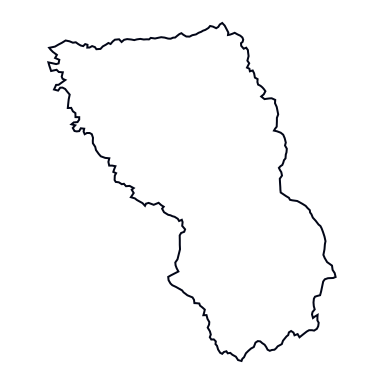 the district of Itararé, São Paulo, Brazil
{"feature_id": "56859067B6120608130234", "entity_name": "Itararé", "entity_type": "district", "adm_level": 2, "iso_a3": "BRA", "parent_name": "Brazil", "parent_adm1": "São Paulo", "projection": "albers", "projection_center": [-49.315, -24.102], "detail": "fine", "context": "isolated", "style": "outline", "palette": "ink", "viewbox_px": 384, "rotation_deg": 0, "n_neighbors": 0, "source": "geoboundaries", "source_scale": "gbopen_adm2", "svg_char_len": 4477}
<svg xmlns="http://www.w3.org/2000/svg" viewBox="0 0 384 384"><path d="M317.6,314.9L314.8,316.6L313.0,318.0L312.0,314.4L312.5,312.1L314.7,309.4L313.8,306.1L313.5,302.5L313.9,298.7L315.0,296.7L317.1,296.0L320.1,295.2L321.1,291.5L323.2,281.5L324.8,279.3L328.0,278.2L333.1,278.0L335.6,277.0L334.7,273.1L332.6,269.9L332.0,265.6L327.1,262.1L324.7,258.0L323.4,254.9L324.5,249.2L324.9,244.2L325.5,241.2L324.5,236.6L323.0,232.0L321.6,228.3L320.4,226.0L318.6,224.6L315.7,220.8L312.8,217.6L311.4,214.2L310.1,212.5L309.8,210.2L307.5,208.0L305.7,205.9L302.5,203.9L299.3,202.1L297.2,201.0L292.2,200.3L290.0,199.8L288.9,197.8L286.2,196.2L282.8,193.9L280.7,192.5L280.4,189.7L280.3,187.1L280.1,184.1L279.8,178.7L282.0,175.6L281.3,172.2L280.0,170.1L278.9,167.9L280.5,166.2L282.3,165.0L283.2,162.9L284.0,160.2L285.5,158.4L285.8,154.5L286.5,152.3L286.8,148.7L285.0,145.5L285.8,142.6L284.7,138.2L283.2,134.7L280.7,132.7L277.0,131.3L274.0,130.6L275.1,128.7L276.7,126.7L276.9,121.4L276.9,117.9L278.2,114.4L276.7,106.9L275.0,103.2L275.2,99.9L271.7,98.3L269.5,98.4L267.3,98.7L264.5,99.1L261.2,96.5L263.8,94.3L265.4,91.2L263.9,89.1L262.4,87.4L260.5,85.8L258.1,84.6L257.4,82.0L257.6,79.1L254.9,77.6L254.1,73.3L252.7,70.5L249.9,71.3L249.4,68.7L247.0,67.6L249.2,63.3L247.4,60.7L248.6,56.1L248.1,52.5L247.9,50.1L246.2,47.7L243.7,48.7L241.2,45.8L241.0,43.2L242.6,41.9L243.2,39.7L242.4,37.5L240.3,35.7L237.5,34.4L234.7,32.8L232.1,33.9L230.1,34.6L228.0,35.0L228.3,32.5L226.8,29.6L224.7,25.6L222.2,23.0L219.8,24.5L218.3,26.9L216.2,28.2L212.9,26.6L210.1,26.0L208.4,28.0L205.3,29.9L203.0,30.7L201.2,31.8L198.6,32.8L196.0,34.4L192.3,35.2L189.6,36.6L186.3,36.5L183.4,34.8L181.4,33.2L179.4,34.1L177.1,35.9L175.2,37.5L173.0,37.7L170.7,38.7L168.2,38.6L164.6,37.6L161.2,37.2L158.7,37.7L155.0,38.5L150.8,37.9L149.0,39.4L146.8,39.3L143.7,39.5L140.3,38.9L136.8,39.4L134.3,40.1L131.2,39.5L127.1,39.1L124.1,39.8L121.6,42.0L119.1,39.3L114.9,39.7L112.7,41.5L110.6,44.0L108.4,43.0L105.9,44.7L102.8,46.4L100.5,48.9L96.4,49.2L94.9,47.1L92.1,46.1L89.6,47.5L87.3,47.6L87.5,44.8L85.2,44.1L83.2,46.1L80.7,45.5L78.3,44.1L75.8,42.3L72.9,42.7L69.5,41.3L65.6,40.5L61.9,42.8L58.6,44.5L55.0,46.6L49.2,47.8L50.7,49.7L53.0,52.0L56.9,54.9L55.1,58.0L59.3,59.8L58.6,63.4L56.2,64.1L51.8,63.1L48.4,62.4L49.3,65.6L51.1,71.0L56.6,69.8L58.8,72.0L62.8,72.3L61.7,76.7L62.6,78.8L65.3,80.0L61.1,83.0L58.6,84.8L56.1,84.9L55.2,87.0L54.0,89.5L58.1,90.6L60.2,87.7L62.5,87.6L65.2,89.0L67.1,91.5L69.7,94.6L68.7,99.4L68.3,103.0L67.8,108.0L71.2,107.9L72.9,111.3L75.4,113.1L75.5,117.1L79.2,117.2L79.2,119.6L77.5,122.1L73.8,122.4L71.5,124.3L75.2,125.3L72.8,128.0L74.5,131.0L76.8,131.4L79.2,131.1L80.8,128.3L84.2,128.7L83.6,131.6L84.7,134.2L86.9,133.0L89.7,133.0L91.8,134.2L93.0,137.8L92.8,140.9L92.9,143.3L95.2,146.8L96.0,150.1L98.7,153.9L100.8,156.3L105.2,157.9L109.3,158.3L108.4,161.9L109.2,165.6L112.2,165.6L115.4,166.2L114.1,169.5L113.3,171.9L116.1,173.2L114.8,175.6L114.6,180.0L115.7,181.9L118.8,182.3L121.8,184.2L123.9,183.8L126.0,186.2L129.6,185.9L133.7,188.1L131.7,189.7L133.7,193.0L130.9,197.2L134.9,198.4L136.9,200.0L142.5,203.1L145.0,205.8L146.0,203.7L148.6,202.9L153.7,204.8L158.6,202.8L161.3,205.2L163.7,206.7L162.1,208.7L164.0,212.2L168.2,214.8L170.5,215.3L172.4,216.2L174.6,216.8L177.8,218.8L179.1,221.0L181.8,219.8L182.6,222.1L182.2,225.9L185.1,229.3L184.2,231.8L181.1,233.0L179.7,235.4L179.8,240.4L179.8,244.8L180.0,249.3L177.5,259.3L175.3,262.5L175.6,265.4L176.7,268.3L178.4,271.5L170.8,275.4L168.2,276.9L168.6,280.2L170.5,283.5L172.3,285.2L175.9,286.9L182.1,290.4L183.5,292.3L185.5,293.8L187.4,295.3L192.5,297.4L194.0,299.8L194.4,303.1L196.6,303.2L199.3,303.5L200.0,305.6L202.2,307.3L204.8,309.6L204.2,312.3L203.4,315.2L206.5,315.1L207.5,318.9L209.3,322.0L209.1,324.5L207.7,327.6L209.9,331.3L210.8,334.6L209.8,337.2L211.3,339.5L213.8,339.4L215.8,341.4L215.5,344.1L217.0,345.8L218.1,349.5L220.2,352.8L222.2,353.8L223.9,352.0L226.4,351.3L227.7,353.3L230.3,352.9L232.3,354.7L235.9,356.7L238.1,360.1L241.5,361.0L242.4,358.7L244.0,357.3L245.9,353.3L248.2,351.0L250.9,348.6L253.8,347.0L255.5,342.6L257.8,341.1L260.3,341.4L262.2,343.1L264.6,344.7L266.2,347.0L267.6,349.7L269.8,350.8L271.8,350.0L274.5,349.7L276.2,348.2L277.7,346.3L280.0,345.1L281.8,344.1L283.0,340.7L286.5,336.4L288.2,335.1L288.9,332.4L291.1,331.0L293.5,332.6L294.5,335.3L297.6,334.1L299.5,337.3L303.1,334.4L306.8,331.5L309.1,330.2L312.0,330.2L314.1,330.6L316.9,328.8L318.2,326.2L318.7,322.8L317.4,320.4L317.4,317.3L317.6,314.9Z" fill="none" stroke="#020617" stroke-width="2"/></svg>